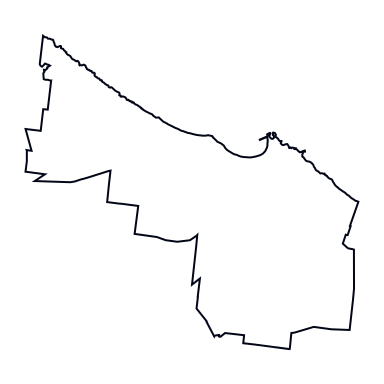 Warrnambool, Australia (Equal Earth projection), rotated 179°
{"feature_id": "25037944B46822546280655", "entity_name": "Warrnambool", "entity_type": "district", "adm_level": 2, "iso_a3": "AUS", "parent_name": "Australia", "parent_adm1": "", "projection": "equal_earth", "projection_center": [142.516, -38.378], "detail": "fine", "context": "isolated", "style": "outline", "palette": "ink", "viewbox_px": 384, "rotation_deg": 179, "n_neighbors": 0, "source": "geoboundaries", "source_scale": "gbopen_adm2", "svg_char_len": 5938}
<svg xmlns="http://www.w3.org/2000/svg" viewBox="0 0 384 384"><g transform="rotate(179 192 192)"><path d="M25.8,179.3L26.7,179.8L28.7,180.4L30.7,181.9L32.8,183.2L34.2,184.5L34.7,185.2L37.4,186.9L38.7,188.4L40.1,189.4L41.0,189.9L43.7,191.9L44.5,192.3L45.1,193.0L45.7,193.4L46.5,194.4L47.3,194.8L48.5,196.1L49.3,197.2L49.9,198.3L50.9,199.9L51.3,200.7L51.4,201.1L51.7,201.8L52.4,202.3L54.6,203.2L55.4,203.8L55.8,204.4L56.4,204.9L56.6,205.6L57.3,205.8L57.6,206.4L58.3,206.4L58.7,206.8L58.9,207.5L59.1,208.0L59.8,207.7L61.3,208.4L62.3,208.5L63.0,208.3L63.6,208.5L65.1,210.1L67.4,211.5L68.0,212.2L68.7,213.9L69.7,215.2L70.2,216.9L70.4,217.4L71.2,218.0L72.0,219.2L72.7,219.4L73.3,219.9L74.0,220.3L75.3,220.5L76.8,220.9L77.6,221.4L79.2,223.6L79.5,224.2L79.8,224.6L80.3,225.0L80.8,225.2L81.1,225.6L81.0,227.0L81.1,227.7L80.5,228.7L80.5,230.0L80.2,230.3L79.2,230.3L78.9,230.6L78.3,230.5L78.3,230.8L78.5,231.5L80.9,230.8L81.8,230.1L83.6,229.9L84.0,230.5L84.7,230.7L85.7,231.9L86.6,232.9L87.1,233.0L88.1,233.1L87.8,233.4L87.6,233.9L89.2,234.2L90.1,234.5L91.0,234.6L91.9,234.1L92.5,234.8L93.0,234.7L93.6,234.3L94.0,234.3L94.3,234.9L94.3,235.2L94.5,236.1L95.3,237.3L95.6,237.9L96.0,238.3L97.5,238.1L99.5,237.4L100.0,237.3L100.8,237.5L101.4,237.9L101.5,238.1L102.2,238.8L102.4,239.1L102.1,240.1L101.6,241.0L101.6,241.4L102.1,241.5L102.5,241.2L103.1,241.2L104.3,242.4L105.1,243.8L106.0,244.6L106.2,244.9L106.5,245.0L107.4,245.6L107.7,246.3L107.1,247.6L107.2,247.9L107.6,248.7L108.2,249.2L108.3,249.7L109.0,249.8L109.3,249.5L109.9,249.9L110.1,249.7L110.2,248.9L110.0,248.3L110.1,247.5L109.2,246.6L109.0,245.6L109.1,244.9L110.2,243.8L110.9,243.7L111.6,243.9L112.3,244.5L113.6,245.8L113.8,246.5L112.6,249.1L112.8,249.6L113.4,249.7L114.3,249.0L115.5,248.7L115.8,248.5L115.9,248.2L115.7,247.7L115.3,247.5L115.2,247.3L115.9,246.2L123.3,243.2L123.2,242.9L116.0,245.8L115.4,242.9L115.4,241.3L115.7,239.4L115.8,238.6L115.7,237.3L116.3,235.0L117.0,233.8L117.8,232.0L118.6,231.0L120.4,229.2L122.1,228.2L123.6,227.5L127.9,226.3L132.0,225.6L134.4,225.6L139.9,226.1L142.7,226.6L145.1,227.6L146.7,228.4L148.5,228.8L150.3,229.6L155.0,232.6L156.4,233.6L158.0,235.4L159.2,237.6L159.9,238.3L161.0,239.1L161.5,239.7L166.0,242.0L166.5,242.7L169.5,245.7L169.7,246.0L170.1,246.2L170.3,246.5L170.3,246.8L170.9,247.6L174.9,248.5L177.3,248.1L180.1,248.1L186.0,248.9L189.3,249.7L191.1,250.2L192.5,250.7L195.4,251.2L196.4,251.7L198.7,252.5L199.1,252.8L201.8,253.5L204.7,255.2L206.3,255.9L207.4,256.3L215.1,260.3L215.7,260.8L217.6,261.9L219.2,262.6L222.6,265.8L223.8,267.1L226.8,267.0L229.7,269.2L230.0,270.0L231.8,271.0L232.9,271.3L233.6,271.8L236.6,273.3L238.8,274.7L239.1,275.0L239.5,275.1L239.8,275.5L240.0,275.9L240.7,276.1L240.7,276.3L241.1,276.4L241.2,276.7L241.3,276.9L241.7,277.0L241.8,277.4L242.0,277.6L242.4,277.7L242.9,278.3L243.7,278.6L244.2,279.2L244.7,279.4L245.6,280.1L246.7,280.4L247.2,280.8L248.2,281.4L248.5,281.8L248.5,282.3L249.0,282.4L249.4,282.8L249.7,282.7L250.0,282.4L250.6,282.6L250.7,282.9L250.4,283.3L250.5,283.4L250.9,283.4L251.1,283.6L251.9,283.6L252.0,284.0L252.6,284.0L253.3,284.4L253.6,285.1L253.8,285.2L254.1,284.9L255.5,285.3L255.8,285.5L255.9,286.4L257.2,287.9L259.0,288.7L259.6,288.6L260.5,288.8L260.8,288.5L261.2,288.5L261.7,288.7L261.9,289.0L261.9,289.7L262.2,289.9L263.0,290.1L263.0,290.3L262.8,290.5L262.7,291.7L262.9,292.3L263.1,292.6L265.8,293.9L267.2,294.9L270.3,297.9L271.1,298.2L272.0,297.8L272.7,298.0L273.2,298.3L273.4,298.4L273.5,298.9L273.5,299.3L274.2,300.1L275.4,300.5L275.9,301.0L276.4,301.2L277.5,302.1L278.3,303.0L279.6,303.6L280.0,304.0L280.1,305.0L280.3,305.3L280.5,305.4L281.5,305.3L281.9,305.5L282.6,306.9L283.1,306.9L284.7,307.8L285.2,308.5L286.5,309.0L287.1,309.7L287.5,310.4L287.5,310.6L287.3,310.8L287.4,311.6L287.1,311.8L287.2,312.4L287.9,313.0L288.9,313.0L289.7,313.2L289.9,313.8L290.3,314.2L290.4,314.7L291.3,314.7L291.6,315.1L292.1,315.1L292.4,315.3L292.8,315.9L293.1,316.0L293.6,315.9L293.8,316.2L294.7,316.6L294.9,316.8L294.9,317.3L295.7,318.3L296.2,320.0L296.4,320.3L296.9,320.5L297.3,321.0L298.1,321.2L299.6,320.6L300.2,320.6L301.0,320.8L302.0,320.5L302.5,321.1L302.3,322.2L302.3,322.5L302.7,323.0L303.0,324.0L303.6,324.7L304.1,325.1L304.5,325.1L305.1,324.7L306.0,325.0L307.8,326.4L309.0,326.8L309.6,327.3L310.0,327.8L310.4,328.6L311.4,330.1L312.2,330.7L313.2,331.0L314.7,332.2L315.4,333.3L315.4,333.6L315.2,333.9L315.2,334.0L316.1,334.4L316.5,335.1L317.5,335.9L318.3,337.3L320.0,337.8L320.4,338.0L320.5,338.4L320.4,339.8L320.5,340.1L320.8,340.3L321.7,340.2L324.0,339.2L324.4,339.3L324.7,339.6L324.9,339.5L325.3,339.5L326.5,340.8L326.6,341.2L327.1,343.5L327.5,344.2L328.2,346.4L328.4,346.7L329.2,346.7L330.4,347.2L331.3,347.7L333.3,347.8L334.4,349.1L334.7,349.2L336.5,349.3L337.5,350.3L338.2,350.8L342.0,322.4L341.1,320.7L339.7,319.9L338.1,321.4L336.7,323.0L334.3,321.9L333.2,321.7L331.8,320.8L334.7,319.1L334.5,318.1L336.3,316.6L337.9,316.8L337.8,315.5L337.4,314.9L338.6,313.2L338.3,307.5L336.7,306.8L334.1,306.7L331.2,305.7L330.9,305.8L334.8,276.9L339.3,277.4L342.2,255.8L357.3,257.9L351.7,236.0L356.5,236.8L356.4,236.6L356.6,225.6L358.1,215.2L338.7,212.3L349.0,205.7L315.5,204.0L313.4,203.9L310.0,204.4L308.2,204.8L301.9,206.8L301.3,206.8L296.4,208.1L275.5,214.3L273.1,214.8L275.1,199.6L277.0,183.4L266.1,181.8L261.5,181.3L246.0,179.0L250.1,151.1L227.9,147.6L219.2,144.3L207.7,142.5L195.8,143.7L194.6,144.0L188.1,148.3L187.5,148.9L188.8,137.2L193.6,99.4L185.6,105.4L188.1,87.3L187.9,87.3L189.5,75.4L179.6,62.5L179.8,62.1L172.3,47.2L172.1,47.6L171.5,47.9L170.7,48.2L169.4,48.3L167.5,48.7L167.3,48.6L167.2,48.3L167.2,48.0L167.5,47.1L166.7,46.8L166.0,46.8L163.1,49.1L161.8,50.0L161.4,50.4L142.4,47.9L143.4,39.9L132.6,38.5L97.3,33.2L97.0,33.3L95.8,43.2L95.8,43.7L95.1,49.3L92.0,49.6L72.6,55.0L55.0,52.3L36.8,51.3L32.9,81.5L31.7,92.4L31.1,131.6L31.9,131.9L36.7,132.9L37.6,133.5L42.1,137.7L39.0,146.6L38.3,146.3L37.1,146.2L34.0,155.0L34.7,155.2L25.8,179.3Z" fill="none" stroke="#020617" stroke-width="2"/></g></svg>